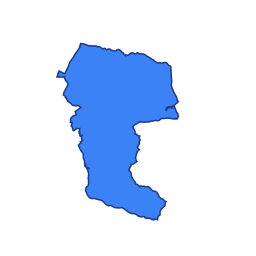 Codlea, Brasov, Romania (orthographic projection), rotated 248°
{"feature_id": "2599482B67290406557630", "entity_name": "Codlea", "entity_type": "district", "adm_level": 2, "iso_a3": "ROU", "parent_name": "Romania", "parent_adm1": "Brasov", "projection": "orthographic", "projection_center": [25.433, 45.714], "detail": "fine", "context": "isolated", "style": "filled", "palette": "blue", "viewbox_px": 256, "rotation_deg": 248, "n_neighbors": 0, "source": "geoboundaries", "source_scale": "gbopen_adm2", "svg_char_len": 5834}
<svg xmlns="http://www.w3.org/2000/svg" viewBox="0 0 256 256"><g transform="rotate(248 128 128)"><path d="M169.1,190.8L170.9,189.2L172.6,188.6L173.1,188.6L173.5,188.5L174.6,187.5L174.8,187.0L175.1,186.6L175.0,185.9L175.2,185.4L175.4,184.7L175.3,183.5L176.4,182.5L176.9,181.7L177.0,181.1L176.7,180.6L177.3,179.5L178.2,178.9L178.8,178.7L179.3,178.2L181.7,177.0L182.2,176.4L185.5,174.1L187.8,172.2L189.0,171.7L190.4,170.5L191.0,169.7L191.2,168.9L191.7,168.4L191.9,167.6L192.7,166.0L192.9,165.7L193.7,165.6L194.3,164.9L194.3,164.4L193.8,162.7L193.9,162.2L194.7,161.5L195.4,161.2L196.4,159.5L196.5,159.1L196.3,158.3L196.0,157.6L195.8,156.7L195.4,156.0L195.6,155.1L196.1,154.3L196.1,153.8L195.8,153.1L196.3,152.8L196.8,152.9L197.2,152.8L198.0,151.9L199.6,151.6L200.4,150.8L200.6,150.8L203.5,149.6L204.1,149.1L204.6,148.0L204.7,147.4L204.7,147.1L204.2,146.4L204.0,145.5L204.1,145.1L205.2,143.3L206.5,141.8L207.0,141.3L207.9,140.9L208.2,140.5L208.7,139.0L208.4,138.2L208.5,137.2L209.7,136.9L210.6,136.3L210.7,136.1L210.8,135.3L210.5,134.8L210.6,134.5L211.0,134.0L211.6,133.8L212.5,133.0L213.9,132.1L214.1,131.3L214.4,131.2L214.8,130.7L214.8,130.3L214.9,130.0L215.9,129.3L216.2,128.8L216.5,127.6L217.4,126.3L218.1,123.9L218.9,123.1L219.0,122.3L220.5,120.8L221.5,119.5L222.0,119.3L224.1,115.7L221.5,113.7L221.2,114.1L216.0,106.2L215.8,105.9L215.7,106.1L214.7,104.8L211.2,99.2L209.2,97.2L208.5,96.8L202.9,90.7L202.0,89.5L206.6,85.6L204.8,83.6L204.6,83.9L201.9,81.2L199.0,88.3L198.0,87.8L197.1,88.0L195.6,88.0L192.8,88.8L190.6,88.7L188.2,85.7L184.8,81.8L184.4,81.4L182.7,80.5L182.4,80.8L181.1,81.5L180.0,81.9L179.9,81.5L178.0,82.2L177.9,81.8L175.6,82.1L174.3,83.0L173.7,83.1L172.1,84.3L170.5,84.8L169.9,85.3L168.7,86.8L167.9,88.3L168.2,88.8L167.6,89.5L167.8,89.9L165.3,92.0L164.8,92.1L164.6,91.3L164.5,90.7L162.9,85.1L159.7,85.2L159.6,81.0L159.5,80.6L158.6,79.0L157.8,78.1L157.7,78.2L154.7,76.7L154.4,77.2L154.3,77.7L154.2,77.8L154.2,78.2L153.9,78.3L153.4,78.0L152.1,76.8L151.8,76.7L151.6,76.3L151.4,76.2L150.8,76.2L150.1,76.7L149.6,76.5L149.3,76.7L148.7,76.5L147.7,76.5L146.2,76.1L145.8,76.8L145.9,77.6L146.1,77.7L146.0,77.8L146.5,78.8L146.4,79.5L146.9,80.0L146.9,80.3L146.5,81.2L145.6,82.3L145.5,83.1L144.1,82.3L143.0,81.2L142.5,81.0L142.4,81.7L141.8,81.3L141.3,80.8L141.1,80.7L140.2,81.3L139.1,80.4L138.1,80.6L138.0,80.8L138.0,81.0L138.2,81.5L138.1,82.5L137.6,81.9L136.8,81.4L134.8,81.0L134.2,80.6L133.9,81.0L133.3,80.3L133.3,80.1L132.4,79.2L132.7,78.8L131.8,78.9L131.7,78.8L131.4,77.1L130.8,76.6L130.7,75.6L125.9,75.7L125.0,76.0L124.5,75.9L124.1,75.9L122.7,76.5L121.2,76.8L120.6,76.8L117.8,75.6L116.2,75.3L114.1,75.4L109.8,74.0L108.8,73.8L108.7,74.0L110.1,74.9L110.0,75.0L109.6,75.1L108.0,74.3L107.3,74.4L106.8,74.7L106.1,74.7L106.2,75.2L106.5,75.4L105.8,76.2L105.7,76.6L105.1,76.8L104.9,76.2L105.1,74.9L104.8,74.7L103.5,74.8L100.3,74.4L98.2,73.3L96.8,72.7L96.4,72.1L95.8,72.2L95.2,72.1L91.2,70.6L89.4,69.3L89.1,68.5L89.0,67.6L88.8,67.2L87.8,66.3L86.3,65.3L85.8,65.2L81.0,65.3L80.3,65.5L78.8,65.9L76.7,67.1L75.8,68.7L75.6,69.9L73.7,72.3L71.9,74.9L70.2,76.9L64.9,79.2L63.3,80.5L62.9,82.5L62.6,83.0L59.1,86.0L57.6,88.9L56.9,90.8L56.8,91.7L56.5,92.5L53.7,94.7L50.6,96.3L49.5,97.1L47.1,99.7L46.1,102.1L44.3,103.5L43.1,104.1L42.4,104.6L42.0,105.1L41.8,105.7L40.6,106.7L40.1,109.3L39.4,110.3L38.5,110.0L37.2,111.4L36.9,113.0L36.6,113.0L36.4,113.7L34.9,115.6L34.1,115.9L33.9,116.5L33.2,117.4L33.5,117.5L33.9,117.1L34.0,117.2L33.5,118.7L32.7,120.3L31.9,121.0L34.3,122.3L35.0,123.6L35.1,124.7L36.0,125.4L38.2,126.3L39.4,127.2L40.9,129.9L42.1,133.2L42.9,133.4L43.8,134.0L45.0,134.9L45.4,135.6L46.0,135.1L46.6,134.7L47.9,134.3L49.5,133.1L50.1,132.3L52.5,131.1L53.5,131.2L55.2,131.1L56.2,130.7L57.3,130.7L59.0,129.8L59.1,129.5L60.5,127.3L65.2,125.5L66.2,124.6L66.5,123.9L66.3,123.1L66.5,122.5L66.9,121.9L67.8,121.4L68.3,120.5L68.6,119.0L69.6,118.3L69.0,117.0L72.1,115.6L73.3,114.1L74.7,114.5L75.5,114.4L76.1,114.1L79.1,113.4L80.5,113.4L81.6,113.0L82.9,113.5L85.5,114.0L86.9,113.7L88.0,113.0L88.9,113.1L89.1,113.6L90.9,115.1L91.2,115.9L92.0,116.7L93.2,117.2L92.6,120.0L93.0,120.8L93.4,122.7L93.5,123.8L94.8,123.4L98.0,124.0L98.9,124.9L100.5,125.9L101.8,127.3L102.0,127.3L102.6,127.8L103.7,130.4L104.1,130.1L105.5,129.8L105.9,129.4L106.4,129.3L107.0,129.8L107.6,130.9L108.4,131.5L109.1,132.8L111.1,133.3L111.9,134.2L112.7,134.7L113.5,134.7L114.2,134.5L116.1,135.9L117.1,134.5L117.8,134.1L117.9,133.8L118.7,133.8L119.1,133.4L119.5,132.8L119.7,132.2L121.7,133.1L123.0,133.2L127.4,132.9L127.4,133.1L127.7,133.4L128.1,134.6L128.4,134.9L128.6,137.6L129.0,138.8L129.2,139.2L129.2,140.7L129.0,141.6L129.1,142.3L128.8,142.3L128.6,142.7L127.0,145.8L126.8,147.2L126.4,147.7L126.0,149.2L125.8,149.6L125.7,152.1L125.5,152.8L125.1,153.4L125.1,154.5L124.7,156.1L124.9,156.3L124.6,156.9L123.6,158.0L123.6,159.0L123.4,159.4L123.4,160.0L123.7,160.9L124.2,161.4L124.1,162.5L122.6,167.5L122.6,167.8L121.0,171.3L120.5,171.5L120.1,172.5L119.2,173.9L119.0,174.2L118.8,175.5L118.6,175.5L118.4,176.2L118.1,176.7L118.0,177.0L118.9,177.7L119.1,178.4L120.0,179.2L120.3,179.1L121.4,179.2L122.0,179.5L123.4,179.4L124.2,178.9L124.6,178.9L128.9,179.1L129.3,178.4L130.4,179.1L130.8,178.7L131.0,178.3L131.0,176.6L130.6,176.4L130.6,176.0L130.2,176.1L130.1,175.6L131.3,175.3L131.7,174.5L131.8,173.6L132.1,173.3L131.8,172.8L131.3,172.7L131.3,171.9L130.5,170.6L130.1,170.3L130.2,169.8L130.0,169.4L131.5,170.7L131.8,171.3L132.3,171.2L132.4,171.3L132.4,171.6L132.3,172.0L132.5,172.9L132.5,173.5L132.4,173.9L132.1,174.6L132.1,175.1L132.0,175.3L131.8,175.9L131.6,176.1L131.4,178.2L131.7,178.7L131.8,179.6L132.7,181.9L132.9,183.1L133.8,184.5L134.2,183.9L136.9,184.4L139.7,184.5L139.9,184.2L141.4,184.1L142.2,184.1L145.6,183.8L147.3,184.0L148.7,183.6L149.9,184.1L151.3,184.0L155.0,186.1L156.9,186.6L167.3,190.1L167.5,190.1L169.1,190.8Z" fill="#3b82f6" stroke="#1e3a8a" stroke-width="1.5"/></g></svg>